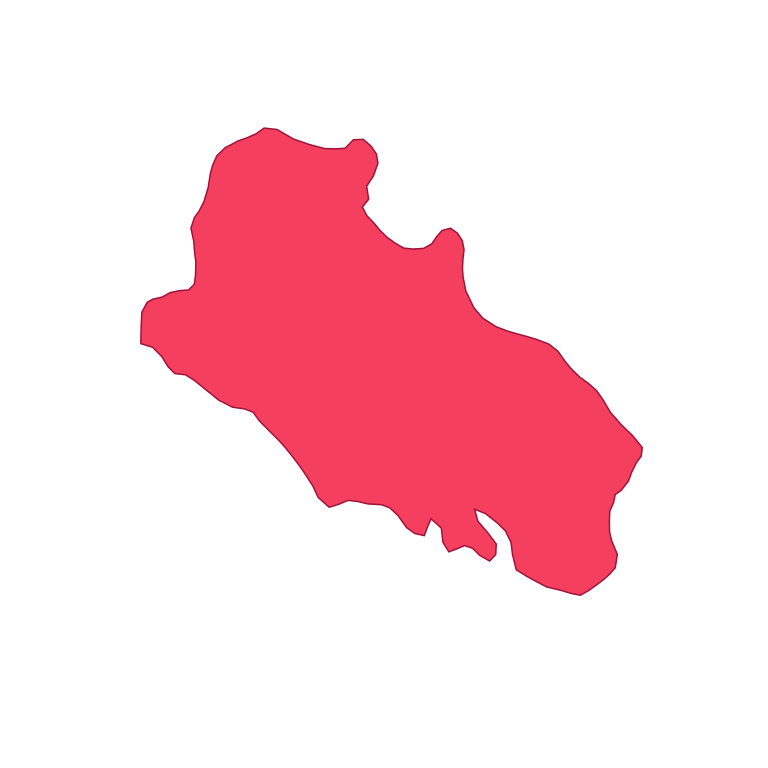 outline of Mvita, Kenya, rotated 327°
{"feature_id": "3690345B40484627971500", "entity_name": "Mvita", "entity_type": "district", "adm_level": 2, "iso_a3": "KEN", "parent_name": "Kenya", "parent_adm1": "", "projection": "equal_earth", "projection_center": [39.663, -4.052], "detail": "fine", "context": "isolated", "style": "filled", "palette": "rose", "viewbox_px": 768, "rotation_deg": 327, "n_neighbors": 0, "source": "geoboundaries", "source_scale": "gbopen_adm2", "svg_char_len": 2054}
<svg xmlns="http://www.w3.org/2000/svg" viewBox="0 0 768 768"><g transform="rotate(327 384 384)"><path d="M202.0,217.7L209.9,227.2L212.6,239.9L212.3,251.8L214.2,261.3L222.6,268.2L227.0,278.0L231.3,291.3L236.6,307.5L244.3,321.0L253.7,329.1L258.9,336.5L259.4,347.1L262.0,359.7L265.1,374.1L266.5,383.2L267.5,392.4L268.3,402.9L268.8,413.1L268.8,430.6L267.0,443.2L270.9,457.5L280.8,460.3L290.4,462.0L297.5,467.8L305.3,475.9L316.1,483.8L321.4,491.0L324.1,501.8L324.7,516.7L328.4,526.2L335.2,533.1L341.1,528.7L350.0,522.6L353.6,536.0L347.2,548.8L347.0,560.1L355.5,562.0L363.6,563.4L368.8,570.1L370.9,579.8L376.2,590.0L384.9,587.8L391.0,579.3L390.0,565.3L388.0,550.2L391.8,538.4L398.5,547.9L403.3,562.1L405.8,573.2L404.4,585.7L398.9,597.0L393.7,611.9L399.7,624.5L404.9,634.0L410.0,643.0L419.7,653.1L427.0,661.7L433.6,668.1L443.3,668.7L452.3,668.3L461.5,667.6L469.2,666.5L477.8,664.1L486.9,654.0L489.5,639.6L492.4,631.3L498.2,621.9L504.3,613.4L512.1,608.4L517.7,602.6L524.9,602.4L536.0,598.6L544.0,592.7L552.8,587.5L560.5,584.5L566.0,578.0L564.4,562.9L560.8,547.4L558.4,530.6L559.1,517.8L558.7,505.7L555.9,495.2L551.9,484.8L549.5,474.2L548.2,464.3L547.7,451.2L544.0,440.3L536.5,430.0L529.8,422.1L522.4,413.8L516.5,407.0L509.1,396.9L502.7,382.6L500.9,368.9L503.3,350.6L508.4,337.7L512.8,329.7L518.6,321.8L524.3,314.9L527.7,306.5L527.7,297.4L524.6,289.6L516.4,286.9L508.7,289.0L500.2,292.5L491.0,291.8L481.7,286.5L474.5,280.7L470.3,272.4L466.6,263.1L464.4,253.6L463.1,242.7L461.3,233.5L462.3,223.8L471.7,220.7L477.2,208.7L488.5,203.7L499.2,195.5L502.9,186.9L502.7,177.3L499.8,167.5L491.4,162.5L479.7,165.1L471.5,160.4L462.4,154.2L451.4,142.0L441.4,129.1L432.9,112.3L422.9,104.1L413.1,104.5L403.3,102.9L393.6,100.6L386.4,100.0L379.6,99.3L368.2,101.5L359.4,107.2L352.8,113.1L343.9,123.1L332.7,132.7L322.9,138.4L315.7,141.1L307.0,148.1L302.1,160.9L297.3,169.6L292.3,179.8L285.0,190.3L279.2,197.0L271.3,198.7L263.3,194.3L254.4,190.9L245.0,190.2L236.6,187.0L229.9,186.5L220.0,191.9L211.6,203.6L202.0,217.7Z" fill="#f43f5e" stroke="#9f1239" stroke-width="1.5"/></g></svg>